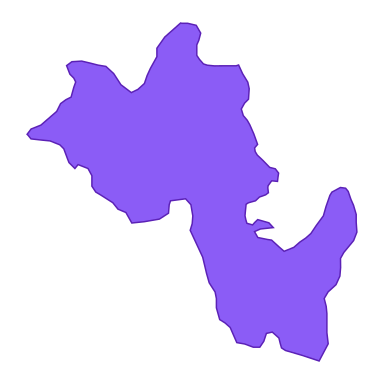 outline of Pohang-si, North Gyeongsang, South Korea
{"feature_id": "91817680B48442195707238", "entity_name": "Pohang-si", "entity_type": "district", "adm_level": 2, "iso_a3": "KOR", "parent_name": "South Korea", "parent_adm1": "North Gyeongsang", "projection": "orthographic", "projection_center": [129.325, 36.079], "detail": "fine", "context": "isolated", "style": "filled", "palette": "violet", "viewbox_px": 384, "rotation_deg": 0, "n_neighbors": 0, "source": "geoboundaries", "source_scale": "gbopen_adm2", "svg_char_len": 2159}
<svg xmlns="http://www.w3.org/2000/svg" viewBox="0 0 384 384"><path d="M180.6,23.0L164.8,37.0L156.9,48.2L156.9,56.7L150.4,68.4L147.1,75.6L144.4,83.5L137.9,89.4L131.3,92.6L120.9,84.7L113.7,73.6L105.9,66.4L98.0,65.1L90.2,63.1L81.7,61.1L71.9,61.7L66.6,65.6L69.9,74.2L73.8,78.1L75.7,82.0L73.8,87.3L71.1,97.1L65.9,99.7L60.6,103.6L56.7,111.4L40.9,125.1L31.1,129.0L27.1,134.3L28.0,135.2L31.0,138.9L42.8,140.2L50.0,140.9L59.8,144.8L63.8,148.8L67.7,159.3L69.0,162.6L74.9,168.5L78.1,164.6L88.0,168.5L91.9,175.7L91.9,186.2L95.8,192.1L100.4,194.8L112.8,202.7L118.0,209.2L125.9,212.5L131.8,223.0L144.3,221.7L159.4,219.1L168.5,213.2L169.2,204.7L170.5,200.8L185.6,198.8L190.9,204.7L192.8,215.9L192.2,223.7L190.2,230.3L202.7,257.2L206.6,273.6L209.2,282.8L215.1,292.0L216.4,298.6L216.4,307.8L219.7,319.6L225.0,322.9L230.2,327.5L234.2,336.7L236.8,342.6L244.7,344.0L253.3,347.2L259.8,347.2L263.8,341.3L266.4,333.4L272.3,332.1L278.9,338.0L280.2,343.3L281.5,347.9L285.5,350.5L301.3,355.1L318.3,360.7L319.1,361.0L328.2,343.8L326.9,332.7L326.9,324.1L326.9,313.6L326.2,306.4L324.2,298.5L328.1,291.9L336.0,284.7L339.9,276.1L340.6,267.6L340.5,258.4L343.8,252.5L353.6,240.6L356.9,232.1L356.2,222.3L356.2,214.4L353.5,205.2L350.9,199.3L348.2,191.4L345.6,188.2L340.4,187.5L331.9,192.1L329.9,195.4L326.0,206.6L323.4,215.8L316.2,225.6L310.9,233.5L305.7,238.1L299.8,242.1L293.9,247.3L284.1,251.3L278.8,246.7L271.6,240.1L267.6,239.5L257.8,237.5L254.5,231.6L260.4,229.0L273.3,227.6L268.9,222.8L257.7,219.6L254.7,222.5L252.6,224.9L246.9,223.3L245.8,219.6L245.0,215.8L245.3,212.3L246.1,204.3L247.7,203.2L249.0,202.6L255.5,200.8L259.5,197.0L261.9,196.2L265.7,194.8L268.4,192.7L267.8,187.8L268.1,185.7L271.6,180.9L272.7,180.9L277.5,181.4L278.0,177.1L278.6,173.1L275.3,168.8L269.7,167.4L263.0,160.5L257.3,155.1L255.2,151.6L254.6,147.9L257.6,144.4L253.8,133.9L249.8,124.8L247.2,120.2L243.3,115.6L241.3,109.0L244.6,103.1L248.5,99.2L249.2,88.7L247.8,82.2L242.6,73.7L238.6,65.0L236.1,65.8L223.6,65.8L214.5,65.9L207.3,65.2L203.4,63.9L199.4,59.3L196.8,55.4L196.8,44.9L198.8,40.3L200.7,33.1L196.2,25.3L187.7,23.3L185.1,23.3L181.8,23.3L180.6,23.0Z" fill="#8b5cf6" stroke="#5b21b6" stroke-width="1.5"/></svg>